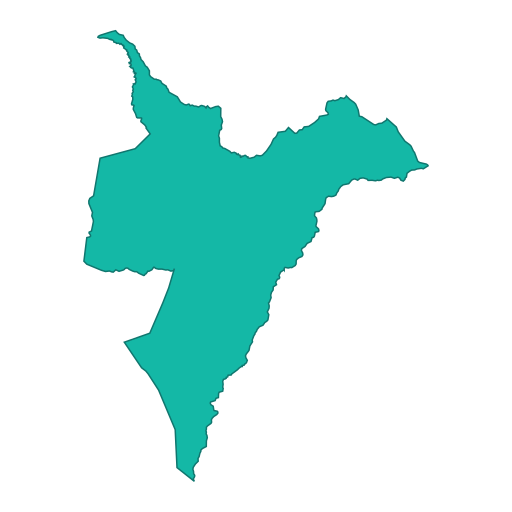 Changara, Tete, Mozambique
{"feature_id": "85939544B96154885816761", "entity_name": "Changara", "entity_type": "district", "adm_level": 2, "iso_a3": "MOZ", "parent_name": "Mozambique", "parent_adm1": "Tete", "projection": "mercator", "projection_center": [33.152, -16.661], "detail": "fine", "context": "isolated", "style": "filled", "palette": "teal", "viewbox_px": 512, "rotation_deg": 0, "n_neighbors": 0, "source": "geoboundaries", "source_scale": "gbopen_adm2", "svg_char_len": 5990}
<svg xmlns="http://www.w3.org/2000/svg" viewBox="0 0 512 512"><path d="M202.5,448.5L206.3,446.5L206.4,440.8L207.3,437.7L206.9,435.3L206.1,433.9L206.4,432.1L205.9,430.8L206.4,429.2L206.4,427.2L207.5,425.9L211.0,423.4L211.6,422.2L211.4,419.8L212.1,418.3L213.8,416.5L216.7,414.6L217.9,413.1L217.8,411.9L217.2,411.2L214.3,410.6L213.8,410.1L213.2,406.2L210.9,404.7L210.2,403.1L210.6,402.0L215.1,400.6L216.0,398.3L218.4,397.6L218.6,393.5L219.2,392.2L222.7,391.2L223.2,388.4L222.7,387.4L223.1,384.2L222.7,381.3L223.5,379.3L225.0,379.0L226.2,378.3L226.2,377.4L227.7,376.9L228.1,375.2L231.2,375.0L231.8,373.9L237.4,369.8L239.2,368.0L241.2,366.6L242.3,366.5L242.2,365.5L244.2,365.1L244.7,364.0L245.6,363.6L246.5,362.5L247.3,360.3L245.9,357.8L245.5,355.8L246.2,354.1L249.0,350.4L249.9,345.9L252.5,341.8L252.2,340.0L253.9,335.6L254.9,334.2L255.0,333.2L256.6,331.0L257.1,329.5L259.3,326.8L263.0,325.2L264.8,322.5L266.7,321.3L267.9,319.9L268.8,314.7L267.3,311.9L269.0,308.3L269.2,305.9L268.5,302.9L269.4,302.0L271.1,297.7L270.7,295.1L271.5,292.3L273.1,290.0L273.3,286.8L276.5,284.7L275.7,282.1L277.5,279.2L279.0,278.8L279.5,278.1L279.7,277.2L279.0,275.5L280.6,272.1L284.0,269.8L284.2,270.1L284.2,268.3L285.0,267.4L288.2,268.0L290.3,267.5L291.8,267.6L295.2,265.5L296.1,264.0L296.2,260.6L296.7,259.5L298.7,257.8L301.9,256.5L302.9,254.9L302.7,253.0L301.4,250.6L301.8,248.6L305.0,246.5L307.1,243.4L311.0,241.5L312.1,237.6L313.6,237.3L314.4,236.1L315.2,232.3L318.6,231.5L318.9,230.3L318.5,228.9L316.1,226.6L315.9,225.8L316.9,221.3L316.8,219.6L316.4,217.9L314.9,216.3L314.5,215.4L314.9,212.7L315.1,212.1L316.2,211.7L319.1,211.4L321.9,209.3L322.2,208.0L325.0,203.7L325.7,198.9L326.2,197.7L328.5,196.2L331.5,196.6L333.7,196.2L335.9,195.1L336.9,192.7L338.3,190.9L338.7,189.4L340.8,186.5L343.2,184.8L348.7,183.7L351.7,180.1L353.7,179.1L355.0,179.0L357.7,180.2L360.1,178.3L363.2,177.9L367.1,179.1L368.1,180.4L372.2,180.3L375.4,180.8L377.7,180.2L378.8,180.5L381.3,180.1L382.6,179.0L386.3,177.5L391.0,177.1L394.4,178.3L397.8,177.2L399.6,178.0L400.9,180.2L403.3,181.1L404.9,179.5L405.3,177.9L406.4,177.1L407.0,173.3L409.5,171.3L411.6,170.1L414.7,169.9L416.8,169.0L421.3,168.3L423.3,168.8L428.1,165.8L427.7,165.0L426.4,164.1L419.5,162.5L417.7,161.1L414.5,152.5L413.4,151.1L411.1,146.2L409.8,144.8L404.9,141.2L398.2,131.8L396.3,127.0L386.9,118.7L386.5,120.1L381.8,123.2L378.8,123.5L375.7,124.9L373.9,124.6L361.8,116.7L359.3,116.2L358.2,110.0L355.7,104.2L354.1,102.5L349.8,99.4L346.3,95.9L346.1,96.6L344.1,98.5L340.6,97.7L338.4,99.6L334.9,100.7L333.0,100.1L331.2,100.9L328.2,101.3L327.0,102.9L325.6,109.3L325.9,110.7L328.0,112.7L328.3,114.3L327.0,115.0L319.5,116.4L318.6,118.9L314.6,122.5L308.7,126.4L304.2,126.9L302.2,129.7L299.4,130.0L296.7,133.2L294.8,133.3L288.5,127.5L285.3,131.3L278.1,132.3L276.8,135.4L275.6,137.2L273.5,139.0L271.1,144.3L266.5,151.0L262.3,155.3L260.2,155.9L256.5,155.3L254.2,157.2L249.9,158.3L247.9,157.8L247.9,156.8L246.9,156.8L245.6,155.4L244.3,155.5L243.2,156.3L242.0,156.0L241.7,157.0L240.5,157.3L240.1,155.3L239.2,155.2L238.2,153.9L237.3,154.6L236.5,154.1L236.5,153.4L234.3,152.3L231.3,152.9L229.8,151.3L224.8,148.5L222.8,148.0L221.7,146.6L220.2,145.9L219.4,142.3L219.4,138.2L218.6,135.9L219.7,130.3L221.2,129.5L221.7,128.5L221.3,125.1L222.5,121.7L222.0,119.2L220.7,116.6L220.8,108.3L218.3,106.2L215.6,106.6L210.6,108.5L208.7,107.3L207.6,105.9L206.4,106.8L206.0,107.9L204.6,106.4L201.8,105.5L200.9,105.6L198.6,107.0L195.8,106.1L194.5,106.2L192.2,105.1L190.2,105.7L189.3,104.3L188.6,104.1L186.2,105.0L184.1,104.4L180.5,102.0L177.3,96.8L169.1,92.3L167.9,89.1L166.6,87.7L166.3,86.2L161.9,83.3L160.7,81.0L158.3,79.9L156.9,79.7L156.3,79.2L154.3,79.2L150.7,76.7L149.4,74.9L149.4,70.8L147.2,67.2L145.4,65.9L143.2,61.8L141.0,59.5L140.5,57.5L139.5,56.0L139.3,53.9L137.4,52.6L136.7,50.1L135.2,48.9L134.9,46.3L132.6,44.1L129.7,42.9L126.3,40.2L124.2,37.5L123.2,35.3L119.3,34.4L117.1,32.6L115.6,30.7L111.8,31.6L100.1,35.3L98.3,36.3L97.9,37.3L99.9,38.1L102.9,37.8L107.9,38.4L109.6,39.4L111.0,39.3L111.2,39.9L112.2,39.8L113.5,40.7L113.9,42.1L116.1,42.6L116.4,43.4L118.8,43.2L119.8,44.2L120.5,43.6L121.2,43.6L121.3,44.4L122.2,44.6L122.7,45.4L123.5,45.3L123.9,46.1L123.5,46.3L123.9,46.8L123.7,47.9L126.8,50.1L126.5,50.5L126.8,51.1L128.2,52.5L127.4,54.1L128.4,54.4L128.1,55.2L129.1,56.0L128.8,57.0L129.8,57.1L129.7,58.2L130.8,59.1L130.5,59.7L131.1,60.5L130.8,60.9L131.1,61.7L129.0,62.5L129.4,63.7L130.5,63.4L131.2,65.0L130.0,66.3L130.7,66.4L130.5,67.3L131.5,68.0L132.9,68.1L133.8,70.8L133.4,71.7L134.3,71.9L134.3,72.9L135.0,72.7L135.4,73.0L135.1,73.4L135.9,73.4L134.9,75.3L135.0,76.2L134.2,76.9L135.7,77.8L136.1,78.8L135.2,79.8L136.0,81.5L135.9,82.3L135.2,83.8L134.8,83.5L134.3,84.0L133.4,83.9L133.5,84.9L132.4,86.9L133.4,89.1L132.7,90.2L133.3,91.7L132.1,93.4L132.4,94.3L131.9,95.8L131.8,96.2L132.7,96.9L132.8,99.3L131.5,103.9L131.9,104.9L133.6,105.1L134.0,105.6L133.3,108.1L133.3,109.4L135.5,113.6L136.7,117.4L137.6,117.9L141.5,118.0L141.7,118.8L141.0,120.3L140.9,121.7L144.7,124.9L146.4,127.2L146.0,128.0L150.2,133.9L135.2,148.7L100.1,158.2L93.6,195.8L89.8,198.4L88.8,200.9L88.9,203.6L92.5,212.4L91.8,215.9L93.2,219.6L93.4,221.6L91.5,231.0L89.1,232.2L89.1,233.2L90.3,234.7L90.6,236.0L89.7,236.9L86.8,237.6L83.9,261.2L86.8,264.2L101.5,270.3L105.5,271.5L109.4,271.0L111.7,271.9L113.3,272.1L115.8,269.8L119.0,271.3L123.1,270.1L124.2,269.5L125.0,268.5L126.4,268.0L127.9,268.2L129.2,269.4L132.8,271.1L134.7,271.7L136.7,271.7L138.7,273.2L143.7,275.5L144.4,275.3L145.1,274.2L146.1,273.7L147.9,271.1L148.9,271.3L151.8,269.8L153.6,267.3L154.3,267.3L155.6,268.4L158.3,269.1L162.0,269.1L165.8,270.0L167.9,269.8L170.9,271.1L173.6,270.6L174.4,268.6L168.7,287.9L162.9,302.7L149.8,333.2L124.3,342.2L141.6,367.8L145.8,371.0L148.1,373.8L158.6,390.1L175.2,429.6L177.0,467.6L194.3,481.3L193.3,479.0L194.6,476.6L194.7,475.3L193.7,473.8L193.5,471.2L192.9,469.5L193.2,467.4L195.4,464.0L198.2,461.2L198.0,458.5L199.1,456.6L199.9,453.2L200.8,451.5L200.9,450.0L202.5,448.5Z" fill="#14b8a6" stroke="#0f766e" stroke-width="1.5"/></svg>